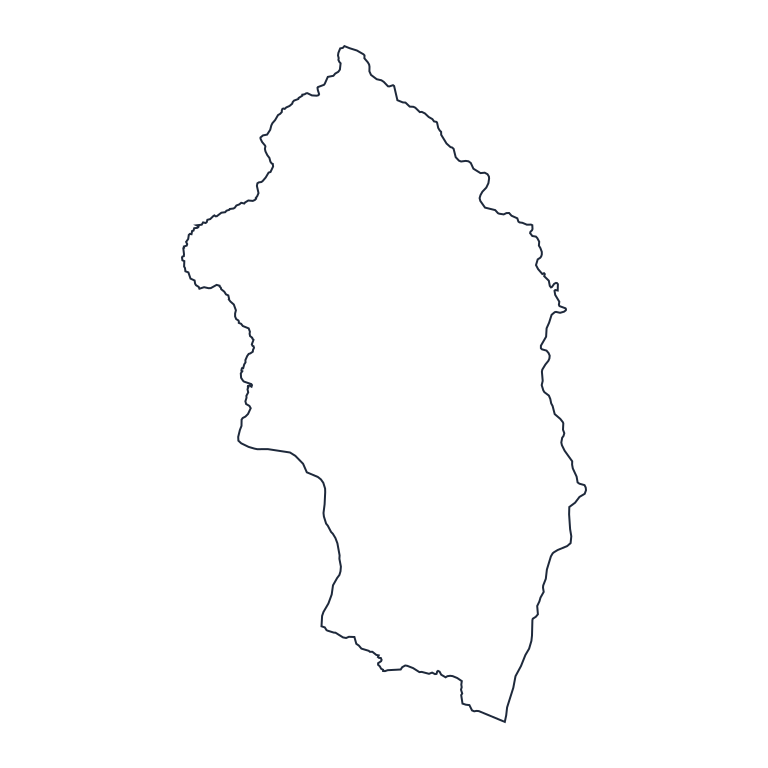 Ainaro, Ainaro, East Timor
{"feature_id": "22284137B67278963884363", "entity_name": "Ainaro", "entity_type": "district", "adm_level": 2, "iso_a3": "TLS", "parent_name": "East Timor", "parent_adm1": "Ainaro", "projection": "mercator", "projection_center": [125.494, -9.042], "detail": "fine", "context": "isolated", "style": "outline", "palette": "slate", "viewbox_px": 768, "rotation_deg": 0, "n_neighbors": 0, "source": "geoboundaries", "source_scale": "gbopen_adm2", "svg_char_len": 6080}
<svg xmlns="http://www.w3.org/2000/svg" viewBox="0 0 768 768"><path d="M565.5,308.3L559.5,306.1L558.9,304.8L559.3,301.7L555.2,294.9L554.5,290.8L555.3,290.0L557.7,290.5L557.9,284.2L557.0,283.1L556.0,282.9L554.2,283.8L552.0,286.9L551.0,287.4L549.8,285.9L548.8,280.7L544.2,276.2L544.8,274.1L544.0,273.2L542.3,274.0L538.1,269.1L536.0,265.1L537.7,259.4L540.3,257.7L541.2,256.4L541.8,254.5L541.8,251.9L540.4,248.1L538.9,245.6L539.2,241.7L537.3,238.1L535.9,236.6L532.3,236.0L530.1,233.1L530.5,231.7L532.0,230.3L532.5,229.0L532.3,225.2L531.0,224.6L526.9,224.7L522.4,222.8L519.5,222.4L518.4,221.6L517.3,218.3L511.5,215.7L509.1,213.0L506.4,213.1L503.7,214.4L499.2,213.7L498.0,213.2L495.2,210.1L485.0,207.6L480.3,200.9L479.6,198.1L480.5,195.1L482.4,191.7L486.3,187.6L488.4,183.2L489.1,178.5L488.9,176.5L487.5,174.2L484.7,172.7L480.5,173.1L474.2,169.2L473.4,168.7L470.8,163.0L468.5,161.3L465.7,160.9L461.1,161.5L459.0,160.7L455.7,157.2L453.6,148.8L452.1,147.5L450.5,147.1L446.5,143.5L441.2,134.8L441.1,131.8L439.8,130.6L438.2,127.9L437.1,122.8L436.5,121.9L434.0,121.4L432.4,119.1L428.7,117.0L424.9,113.4L421.8,111.9L419.8,112.1L415.3,107.7L413.4,106.8L409.7,106.6L405.5,102.6L402.8,102.4L397.4,100.2L394.1,86.0L393.0,85.2L389.4,86.4L388.0,86.3L383.8,81.9L381.4,80.3L376.7,79.2L371.0,74.9L369.4,71.3L369.5,66.7L369.1,64.5L367.8,62.3L364.4,58.3L364.5,55.4L363.5,54.3L356.9,50.5L349.6,48.2L344.4,46.1L342.8,47.9L340.2,48.4L338.4,52.8L338.0,55.4L338.7,58.1L338.4,59.9L339.4,62.0L340.6,63.3L339.9,69.6L338.3,71.8L335.2,73.6L333.4,75.8L327.8,76.9L324.8,83.7L324.0,84.8L317.9,87.1L317.5,87.7L317.8,90.0L319.1,94.1L318.5,95.2L316.7,95.7L311.9,95.4L307.4,93.2L306.2,93.3L304.6,94.3L302.3,94.7L302.3,95.7L298.6,98.0L298.3,99.0L294.0,100.6L292.7,102.1L292.2,103.7L289.5,106.0L286.3,107.4L284.7,108.9L283.6,108.5L282.5,108.8L281.8,110.4L281.8,112.0L280.2,113.8L278.0,115.1L275.1,120.1L272.4,123.2L271.3,125.5L270.2,129.8L267.1,134.6L263.0,135.4L260.5,137.5L260.5,138.7L262.1,142.0L265.0,145.5L265.4,146.3L264.9,148.9L265.5,151.5L267.4,155.3L269.4,157.9L270.4,161.7L271.7,163.5L272.8,163.9L273.1,166.5L270.5,172.0L268.6,172.6L265.7,177.5L262.6,181.1L261.4,182.0L258.8,182.4L257.4,183.3L256.9,185.9L258.5,193.1L257.2,196.2L255.8,198.0L256.1,198.7L254.8,200.0L252.8,200.9L248.3,200.5L245.0,202.5L244.3,203.5L241.2,202.8L239.3,204.4L236.4,205.5L234.8,207.7L233.5,208.5L229.7,209.0L229.3,209.8L226.5,210.7L225.2,212.2L221.4,212.7L216.8,216.2L215.5,216.3L214.4,215.4L213.4,216.0L210.2,219.1L207.4,219.8L206.7,222.2L205.6,223.0L203.1,222.4L201.7,224.7L196.6,225.3L198.6,226.3L198.3,227.2L197.1,227.9L194.2,228.2L193.5,230.6L192.1,231.0L191.5,234.2L189.9,233.9L188.8,234.9L188.2,239.0L186.1,241.9L187.2,244.1L186.7,245.6L183.9,246.5L184.1,247.8L183.3,248.2L184.0,254.3L183.8,256.2L182.4,256.6L182.0,257.5L182.4,260.3L184.3,261.1L184.1,266.5L185.0,268.1L185.4,271.3L188.4,272.4L190.5,278.6L194.6,280.5L195.1,283.7L196.0,285.2L198.7,286.9L199.4,288.7L204.1,287.2L208.6,288.2L210.8,288.1L216.6,284.9L219.6,285.7L219.6,286.5L220.8,287.6L221.2,289.2L224.3,291.7L226.0,294.4L228.3,295.4L229.1,298.9L228.8,299.4L230.4,301.5L233.8,304.5L235.9,310.3L235.1,313.5L235.1,316.5L236.2,319.1L238.3,320.4L238.8,321.2L238.8,322.9L241.1,323.8L242.8,326.0L248.7,328.4L249.9,331.7L249.6,333.8L250.1,336.1L252.2,337.7L252.3,338.5L253.5,339.8L251.8,344.4L252.6,345.9L253.5,346.2L254.0,347.8L253.0,349.9L252.8,351.7L250.3,353.4L248.7,353.9L247.2,356.0L245.4,360.1L245.5,362.4L244.2,364.4L243.2,368.2L242.2,368.0L241.7,368.9L241.4,370.7L242.3,371.2L240.8,373.4L241.1,377.8L243.0,380.7L244.0,381.6L251.3,384.1L252.0,385.1L251.5,386.7L249.5,385.6L248.0,385.9L247.8,386.9L248.3,387.4L247.5,389.2L248.2,392.4L246.4,395.8L246.5,397.8L245.4,401.3L246.1,404.0L249.4,405.9L250.7,408.2L248.0,414.0L245.4,416.6L242.7,418.0L241.6,419.6L241.5,425.9L239.9,430.0L238.2,436.9L238.4,440.7L241.2,443.3L244.3,444.8L248.6,446.9L254.4,448.6L257.3,449.2L267.7,449.1L290.0,452.5L295.4,455.9L303.1,463.8L306.8,472.3L317.9,477.0L320.9,479.4L323.3,482.8L325.1,488.6L325.2,492.1L324.6,504.3L323.5,513.0L323.9,516.5L326.1,523.6L327.8,525.7L331.1,532.0L332.8,533.7L335.4,538.0L337.4,543.3L339.6,555.4L339.4,558.8L340.9,566.6L340.5,571.3L339.4,575.0L337.2,577.9L333.0,585.3L331.7,594.5L328.4,603.5L323.5,611.9L322.1,615.9L321.5,626.3L324.8,627.4L326.5,630.1L327.4,630.6L333.8,632.6L335.5,632.7L343.0,637.4L346.1,638.0L348.9,636.8L354.4,637.0L356.3,643.8L358.9,645.6L361.4,648.6L368.7,650.8L369.9,651.8L372.4,651.8L376.3,654.9L378.7,655.4L377.9,657.0L379.0,657.9L380.8,658.0L381.6,659.9L381.1,661.2L378.1,663.2L378.1,664.8L379.8,666.3L381.1,668.7L383.1,669.8L383.1,671.0L385.0,671.1L387.7,670.2L400.7,669.5L402.2,667.2L405.2,665.5L407.2,665.8L413.1,668.1L419.4,672.1L421.7,671.9L429.0,673.8L432.1,672.6L435.0,674.1L436.5,673.9L437.2,671.5L438.0,670.9L439.6,671.7L441.2,674.7L445.6,677.3L447.4,676.2L450.1,675.8L452.6,676.1L457.2,678.0L461.8,681.1L461.3,684.6L461.7,687.2L461.0,689.7L462.2,693.5L461.2,695.1L462.5,703.6L465.9,704.7L469.4,705.1L472.0,710.4L474.2,711.3L476.5,710.9L478.8,711.1L504.8,721.9L506.2,715.3L507.1,707.4L513.3,687.8L515.5,676.2L521.0,666.0L525.4,655.0L529.1,648.7L531.4,640.9L532.0,635.5L532.4,620.1L532.8,618.7L535.8,616.8L537.9,614.3L537.2,606.0L539.4,601.4L540.5,597.6L543.7,591.9L543.0,587.6L543.2,585.5L545.8,578.8L546.9,569.5L550.9,556.4L552.7,553.3L553.9,552.3L557.7,550.0L567.1,546.1L570.6,543.1L571.3,536.3L570.1,529.1L569.1,514.3L569.3,507.0L575.1,502.7L579.5,496.9L584.7,493.8L586.0,490.2L585.7,487.5L584.5,485.1L579.4,483.7L577.6,482.4L576.6,476.6L572.8,468.4L572.1,464.6L572.2,461.3L564.6,450.7L561.9,445.2L561.3,442.5L562.2,437.7L563.5,436.0L564.3,433.2L563.0,429.7L563.3,423.3L562.8,422.1L560.3,418.9L554.7,414.1L552.6,406.0L551.2,403.4L550.3,399.0L548.9,395.6L544.4,392.2L543.3,390.4L541.7,385.1L542.7,380.9L541.9,371.7L542.3,369.6L545.4,364.5L548.4,360.8L549.4,358.5L549.7,355.7L548.6,353.1L546.5,350.6L541.9,349.3L540.9,348.2L540.9,345.7L546.1,336.7L546.6,328.3L549.1,322.7L551.6,314.8L554.7,312.2L556.0,311.9L560.1,312.8L564.0,311.7L565.8,310.3L566.0,309.2L565.5,308.3Z" fill="none" stroke="#1e293b" stroke-width="2"/></svg>